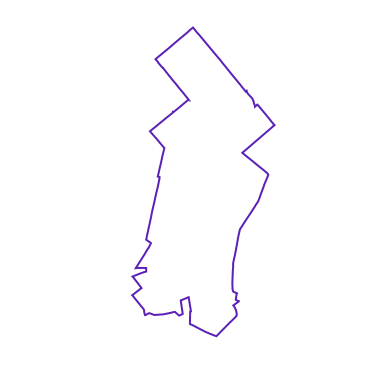 Daia, Giurgiu, Romania, rotated 42°
{"feature_id": "2599482B46391816231209", "entity_name": "Daia", "entity_type": "district", "adm_level": 2, "iso_a3": "ROU", "parent_name": "Romania", "parent_adm1": "Giurgiu", "projection": "albers", "projection_center": [25.985, 44.024], "detail": "fine", "context": "isolated", "style": "outline", "palette": "violet", "viewbox_px": 384, "rotation_deg": 42, "n_neighbors": 0, "source": "geoboundaries", "source_scale": "gbopen_adm2", "svg_char_len": 5687}
<svg xmlns="http://www.w3.org/2000/svg" viewBox="0 0 384 384"><g transform="rotate(42 192 192)"><path d="M307.6,262.6L308.0,255.7L308.0,254.3L307.7,254.0L307.7,253.8L307.6,253.6L307.5,253.4L307.4,253.2L307.1,252.9L306.8,252.7L305.6,251.7L305.0,251.2L304.3,250.7L304.0,250.5L303.4,250.2L300.7,249.1L300.0,248.8L299.5,248.6L299.3,248.5L299.2,248.5L298.6,248.6L298.6,248.4L298.9,247.8L298.9,247.1L299.0,246.5L299.3,245.2L299.4,244.9L299.6,243.9L299.6,243.7L299.7,243.1L299.9,242.6L300.0,242.2L300.0,241.9L299.9,241.8L299.7,241.9L299.5,242.0L299.2,242.1L297.7,242.6L297.0,242.8L296.7,242.8L296.6,242.7L296.4,242.4L296.3,242.2L295.7,241.4L294.2,239.1L293.5,238.0L293.3,237.6L293.2,237.2L292.4,237.5L291.5,237.8L290.8,238.0L289.7,238.3L289.4,238.4L289.2,238.3L289.0,238.2L288.6,238.1L288.0,237.6L287.5,237.4L287.1,237.1L285.4,235.2L284.4,234.2L283.8,233.7L283.4,233.2L283.2,232.9L283.0,232.7L282.6,232.3L282.0,231.6L281.5,231.0L281.2,230.6L280.9,230.3L280.4,229.7L279.8,228.9L279.5,228.6L279.4,228.4L278.2,227.1L278.1,226.8L277.7,226.4L276.7,225.2L276.3,224.8L275.2,223.4L274.4,222.5L273.6,221.3L273.3,221.0L273.0,220.6L272.9,220.4L272.1,219.4L271.8,219.2L271.3,218.6L271.1,218.4L270.8,218.1L270.7,218.0L270.2,217.3L270.1,217.1L269.7,216.5L269.1,215.5L268.8,215.0L268.4,214.2L268.2,213.9L267.3,212.4L267.2,212.2L266.5,210.8L265.7,209.5L265.1,208.5L264.7,207.9L264.5,207.5L263.7,206.2L263.5,205.8L263.3,205.4L262.8,204.8L262.7,204.5L262.0,203.5L261.8,203.1L261.2,202.1L260.9,201.6L260.6,201.1L259.9,200.0L258.8,198.2L257.5,196.3L257.1,195.7L256.7,194.8L256.4,194.4L254.9,191.8L254.3,190.7L253.7,189.7L253.4,189.1L253.3,188.9L253.2,188.6L252.9,188.4L252.6,187.4L252.3,185.7L251.4,180.1L251.1,178.4L250.4,173.4L249.7,168.7L249.1,164.8L248.9,163.7L248.6,161.8L248.3,160.0L247.9,158.1L247.7,156.2L247.6,155.3L247.5,155.1L247.2,154.1L246.5,152.1L246.4,151.8L246.2,151.4L245.9,150.8L245.4,149.4L244.4,147.1L243.5,144.8L242.8,143.0L242.0,141.0L241.6,140.0L241.1,139.0L240.8,138.2L240.6,137.7L239.3,134.0L238.2,130.8L237.5,128.9L237.2,128.2L236.9,128.0L236.7,128.0L236.3,128.0L236.2,128.0L236.0,127.9L235.5,127.7L235.4,127.6L235.1,127.6L234.9,127.6L234.6,127.6L234.2,127.7L230.6,127.8L227.3,128.0L223.5,128.2L220.0,128.4L218.1,128.5L216.8,128.5L212.0,128.8L206.6,129.1L204.0,129.2L203.2,129.2L203.4,127.5L204.2,121.5L204.7,117.3L205.0,115.0L205.2,113.2L206.0,107.4L206.3,105.0L206.4,104.0L207.0,99.6L207.4,96.4L207.6,95.1L208.0,91.6L208.6,87.1L207.8,87.0L207.7,87.4L207.5,87.1L207.3,87.0L207.2,86.9L206.9,86.9L206.5,86.8L204.5,86.6L203.6,86.4L193.3,84.8L189.5,84.3L187.0,83.9L185.3,83.7L184.8,83.6L184.0,83.5L183.2,83.4L182.1,83.4L182.1,83.5L182.0,83.8L181.9,84.6L181.8,85.4L181.7,86.4L181.5,86.2L181.1,85.9L178.7,84.6L176.2,83.0L175.7,82.8L175.1,82.5L174.9,82.4L174.2,82.2L173.8,82.1L172.9,82.0L169.1,81.7L168.0,81.6L167.8,81.6L166.9,81.3L166.0,81.0L165.7,80.9L165.2,80.5L164.9,80.3L164.8,81.4L160.2,80.7L155.6,79.9L148.8,78.9L146.2,78.5L141.5,77.8L134.2,76.6L128.3,75.7L124.4,75.0L123.2,74.8L120.6,74.5L114.8,73.7L96.3,71.0L90.6,70.2L90.3,70.2L90.1,70.3L89.5,70.2L82.7,69.1L82.3,71.5L82.0,73.6L81.8,76.7L81.5,78.7L81.2,80.7L81.1,80.9L81.1,81.0L81.1,81.5L80.6,84.7L80.3,86.9L79.8,90.7L79.4,93.3L79.0,96.7L78.5,100.8L78.1,103.5L77.9,104.8L76.8,112.2L76.6,113.2L76.0,117.7L77.3,117.9L79.5,118.1L79.8,118.4L83.1,118.9L86.8,119.4L86.9,119.2L87.0,119.1L87.3,119.2L87.6,119.3L88.1,119.3L88.6,119.4L92.0,120.0L93.0,120.2L94.5,120.4L97.1,120.9L98.4,121.1L99.4,121.2L101.3,121.6L105.8,122.2L107.8,122.5L108.6,122.6L110.8,123.0L113.1,123.4L118.9,124.2L127.5,125.6L127.8,125.7L128.2,125.8L127.6,126.1L127.3,127.5L126.9,130.5L126.7,131.8L126.6,133.0L126.4,134.0L126.0,137.3L125.9,138.1L125.0,143.3L124.9,144.3L124.8,144.9L124.2,145.2L124.4,145.4L124.6,145.6L124.6,145.8L124.6,146.2L124.5,146.7L123.8,151.4L123.5,152.7L122.3,160.8L121.2,168.2L120.5,172.4L120.2,174.4L120.1,175.0L125.0,175.6L132.1,176.4L132.4,176.5L134.2,176.8L140.9,177.7L142.0,177.8L143.0,179.6L144.5,182.3L145.9,185.0L147.3,187.4L149.1,190.5L150.6,193.3L152.0,195.8L153.7,198.8L155.0,201.1L156.3,203.5L157.9,202.6L158.2,203.0L158.5,203.4L158.8,203.8L159.3,204.5L160.0,205.7L161.1,207.6L162.9,210.7L163.7,212.1L164.8,214.1L166.0,216.4L168.7,221.2L170.5,224.3L170.6,224.5L173.9,230.4L175.1,232.7L176.2,234.5L178.8,238.8L179.9,240.8L180.4,241.6L182.1,244.5L183.0,246.2L184.1,248.2L184.8,249.3L185.3,250.1L187.4,254.0L188.4,255.6L189.6,257.6L189.6,257.9L189.7,258.0L189.8,258.1L190.8,258.0L193.2,257.7L194.6,257.5L195.7,257.4L197.1,262.3L197.2,262.6L197.1,262.9L197.1,263.3L197.4,264.7L197.5,265.7L197.6,266.5L197.7,267.0L197.8,267.2L198.0,268.1L198.2,268.7L198.3,269.2L199.1,274.0L200.3,281.0L201.0,285.2L201.2,286.2L202.8,284.4L204.2,283.2L206.6,281.0L208.8,279.2L208.9,279.3L211.2,281.8L210.0,283.6L209.5,284.6L208.5,286.3L205.8,291.7L204.4,294.6L212.2,295.9L218.8,297.2L218.6,298.0L217.8,302.3L216.9,307.6L216.6,308.7L217.5,308.7L219.0,309.0L220.0,309.2L220.8,309.3L222.6,309.6L223.6,309.7L225.1,310.0L225.7,310.1L226.4,310.2L227.8,310.4L230.0,310.8L230.8,310.9L231.4,311.0L233.6,311.3L234.6,311.5L234.8,311.5L235.1,311.8L235.3,311.9L235.7,312.2L236.4,312.8L237.4,313.6L237.9,314.0L238.7,314.5L239.5,314.9L239.7,314.7L239.9,314.4L240.3,313.1L240.9,311.3L241.1,311.0L241.2,310.8L241.4,310.6L241.6,310.5L243.5,309.7L245.8,308.8L246.3,308.6L246.5,308.4L248.1,306.7L251.4,303.3L252.2,302.5L252.5,302.2L255.8,297.7L257.3,295.7L258.0,294.5L258.4,293.9L259.5,292.5L263.6,292.5L265.0,292.5L265.3,292.2L266.7,288.8L258.8,282.3L256.2,280.1L259.9,272.4L271.1,281.4L270.7,282.1L278.8,291.5L280.9,290.8L283.2,290.1L287.0,289.2L291.1,288.1L295.3,287.0L300.3,285.3L306.6,282.9L307.5,263.0L307.6,262.6Z" fill="none" stroke="#5b21b6" stroke-width="2"/></g></svg>